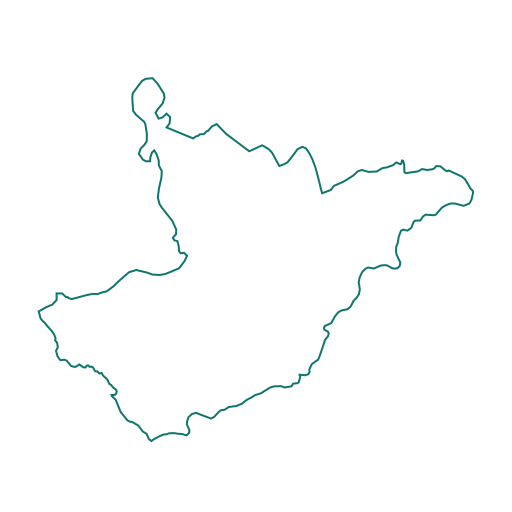 Tshela, Bas-Congo, Democratic Republic of the Congo, rotated 178°
{"feature_id": "63176286B47015384768636", "entity_name": "Tshela", "entity_type": "district", "adm_level": 2, "iso_a3": "COD", "parent_name": "Democratic Republic of the Congo", "parent_adm1": "Bas-Congo", "projection": "robinson", "projection_center": [12.976, -4.984], "detail": "fine", "context": "isolated", "style": "outline", "palette": "teal", "viewbox_px": 512, "rotation_deg": 178, "n_neighbors": 0, "source": "geoboundaries", "source_scale": "gbopen_adm2", "svg_char_len": 5347}
<svg xmlns="http://www.w3.org/2000/svg" viewBox="0 0 512 512"><g transform="rotate(178 256 256)"><path d="M363.9,434.9L368.4,429.3L373.3,423.2L374.1,419.4L374.0,412.8L373.7,405.3L371.0,401.4L366.9,397.5L363.1,394.1L362.0,391.6L360.8,381.9L361.2,374.5L363.5,371.2L367.6,367.2L369.5,362.2L365.7,356.3L362.7,354.5L358.5,354.4L358.2,358.1L356.3,363.1L354.0,365.1L351.8,361.2L349.9,354.9L349.9,349.9L347.2,344.0L347.8,337.6L350.6,327.0L352.1,317.9L350.6,311.2L348.3,307.4L344.6,302.4L338.5,294.2L334.8,285.3L335.1,280.7L338.5,277.1L337.0,274.5L334.0,273.6L332.9,268.2L332.8,263.6L331.3,261.4L327.9,261.7L324.9,258.7L327.6,253.4L333.2,246.5L341.1,243.4L347.5,241.1L353.2,240.4L360.3,241.1L365.6,243.3L372.7,245.2L376.1,246.2L383.3,244.3L387.4,241.1L392.3,237.1L396.1,233.9L399.1,231.0L402.2,228.8L403.6,227.8L406.6,225.8L410.7,225.1L415.3,223.6L420.9,223.8L427.3,222.7L436.7,220.5L441.6,219.4L444.7,220.4L445.2,220.9L445.8,221.5L447.4,221.7L447.5,221.7L450.9,225.3L453.4,225.4L456.6,225.6L456.8,219.0L461.3,214.5L467.6,212.1L475.1,208.2L473.5,201.2L471.8,198.9L469.3,196.4L467.2,193.5L465.0,190.9L462.6,188.0L460.4,184.4L459.4,181.3L459.2,180.6L459.4,179.8L459.7,178.6L458.4,177.1L457.9,176.6L457.4,173.3L457.2,171.8L458.0,170.4L458.6,169.2L459.2,168.2L457.8,162.6L456.2,160.2L455.1,158.7L451.0,159.0L448.9,158.1L444.7,152.6L444.2,152.4L442.2,151.7L441.0,151.6L440.1,151.5L436.4,153.8L432.6,150.9L430.5,150.5L429.0,152.3L428.5,152.4L427.6,152.5L426.1,151.0L424.3,151.2L422.6,150.2L421.7,148.2L421.4,147.4L420.6,146.4L418.6,146.2L416.7,144.0L414.3,144.5L413.9,143.6L413.0,141.8L410.4,139.3L408.9,137.8L407.0,133.2L405.3,132.3L404.4,130.9L403.8,130.0L402.5,128.9L401.8,128.3L400.4,127.1L400.1,125.9L399.9,125.4L400.2,124.6L400.7,123.1L401.4,122.6L402.1,122.0L405.2,122.2L405.0,121.4L405.0,121.1L402.6,118.6L401.2,117.1L396.7,104.8L396.0,103.9L395.1,102.7L391.3,97.6L390.3,96.3L389.6,95.9L388.3,95.0L385.6,94.5L384.3,93.7L379.6,90.7L378.6,89.3L377.9,88.3L376.1,85.8L375.2,84.5L372.7,82.9L371.5,82.1L371.2,81.3L369.6,77.0L368.0,75.5L367.1,74.7L363.7,76.9L360.7,78.3L357.6,79.7L354.8,80.8L351.8,80.9L349.2,81.8L345.8,81.9L343.0,81.7L340.5,81.1L338.3,80.9L336.7,80.7L334.9,80.3L333.2,79.6L331.6,79.2L328.9,81.8L328.6,84.4L329.2,85.7L331.0,90.2L330.7,92.7L329.2,97.2L328.5,97.8L325.4,100.4L321.4,101.3L321.0,101.1L318.9,100.3L317.2,99.5L308.7,96.0L306.6,95.1L303.5,96.6L298.7,101.5L296.3,103.1L293.4,103.4L292.6,103.5L292.4,103.6L288.6,106.0L280.9,106.8L276.9,108.2L276.5,108.3L276.3,108.4L275.8,108.5L273.5,110.2L270.8,112.2L270.6,112.3L270.4,112.4L269.3,113.0L267.1,114.1L265.7,114.6L261.6,117.1L258.8,117.8L255.9,118.6L249.9,122.1L246.8,123.9L245.7,124.2L242.5,125.1L235.2,125.0L232.2,123.6L225.1,124.5L224.4,125.5L223.3,127.1L221.7,127.3L220.8,127.3L218.8,127.5L218.2,128.0L217.6,128.6L216.0,133.9L216.6,135.8L214.7,135.6L211.4,135.1L209.1,135.7L207.8,136.0L206.5,138.4L206.6,140.9L204.0,146.0L200.2,148.5L199.5,149.0L197.6,150.2L197.2,151.0L196.6,152.0L194.7,156.9L193.3,160.6L190.7,167.6L190.0,169.6L186.8,173.4L186.0,176.3L186.8,177.8L190.3,180.1L190.5,181.1L190.6,181.8L190.0,183.0L189.6,183.7L188.1,184.3L184.1,185.9L183.8,186.0L183.2,186.3L182.2,187.9L179.3,192.8L177.5,194.9L175.8,196.9L172.3,198.6L170.0,199.0L166.4,199.6L163.3,202.1L161.5,205.1L160.1,207.8L159.1,208.7L156.7,211.0L155.3,213.1L154.5,214.2L154.3,215.0L153.4,219.1L153.8,222.4L154.3,225.9L153.3,230.5L153.1,231.0L152.5,232.3L150.5,236.2L146.8,239.6L146.0,239.8L144.4,240.6L138.7,239.4L131.6,242.1L127.6,242.4L127.3,242.3L125.3,242.0L119.8,238.8L117.6,238.6L115.6,238.8L115.1,238.8L113.3,240.5L112.7,241.0L112.0,244.4L113.3,247.4L115.6,252.8L115.9,255.8L115.8,256.8L115.7,258.8L115.6,260.3L113.7,264.6L112.8,269.8L110.9,274.6L110.2,276.2L110.0,276.3L108.1,277.2L107.3,277.0L103.8,276.1L99.8,278.7L97.4,284.4L95.7,285.8L94.1,285.8L93.6,285.8L90.7,285.7L87.8,289.6L85.7,291.0L85.1,291.4L76.4,290.5L74.7,291.2L68.6,297.8L65.5,299.5L63.9,300.3L59.3,301.7L55.3,301.5L46.8,298.9L40.9,301.0L38.8,304.4L36.9,311.3L37.1,313.6L39.3,315.9L40.2,317.7L41.4,320.1L42.7,322.3L44.6,325.6L47.7,328.3L50.9,329.9L54.6,331.8L57.0,333.0L60.4,334.8L61.1,334.4L61.3,334.2L61.7,334.0L62.8,334.4L63.7,334.8L67.9,338.6L68.5,339.1L69.7,339.3L72.7,339.6L75.0,337.1L76.9,336.5L82.0,336.0L87.0,337.1L91.2,334.9L103.3,333.6L104.8,334.7L104.7,342.0L105.6,346.0L106.8,346.3L107.3,344.3L107.6,343.1L108.5,342.7L112.5,344.6L114.1,343.4L115.9,342.0L121.5,340.2L122.4,339.9L123.8,339.8L126.6,339.4L132.2,336.3L136.1,336.2L140.6,336.1L147.3,338.3L151.4,337.0L152.2,336.3L155.9,333.1L161.6,329.7L165.9,327.3L167.4,326.7L168.3,326.3L173.5,324.2L175.7,323.4L177.4,321.3L178.9,319.4L184.7,317.4L187.7,316.4L189.0,321.7L190.0,326.9L192.9,339.7L193.6,342.5L196.3,350.7L199.1,356.8L202.3,361.8L205.8,363.5L210.8,361.3L213.9,357.3L217.5,352.9L221.4,348.4L224.9,346.7L229.5,345.1L232.1,350.2L236.4,358.7L236.4,358.8L238.3,360.9L239.3,362.1L240.8,363.1L242.5,364.3L246.0,366.4L259.1,360.9L274.9,373.7L281.6,379.1L290.7,389.2L295.5,387.1L298.7,383.6L299.6,382.7L300.0,382.6L301.3,382.2L302.8,380.6L303.8,379.6L307.4,379.6L307.9,379.6L309.1,378.4L310.6,377.9L312.2,377.5L314.4,375.9L314.7,375.7L340.9,387.6L337.7,391.6L337.0,397.8L340.5,401.4L344.4,397.9L348.6,396.7L351.4,402.7L349.0,406.2L344.0,411.7L341.9,417.5L342.5,421.7L348.2,431.4L353.1,437.3L360.1,436.9L363.9,434.9Z" fill="none" stroke="#0f766e" stroke-width="2"/></g></svg>